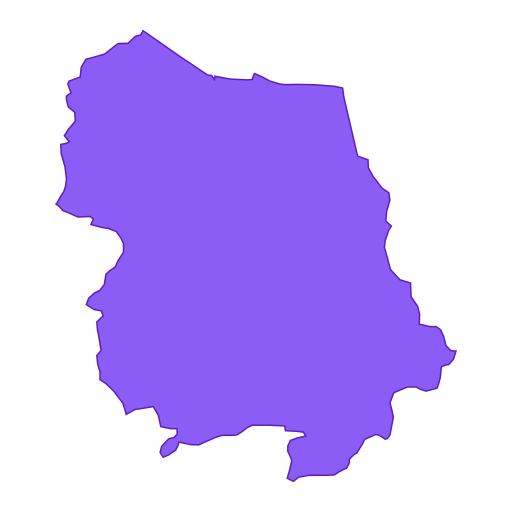 Kofinou, Larnaca, Cyprus (orthographic projection)
{"feature_id": "46923920B74621954972272", "entity_name": "Kofinou", "entity_type": "district", "adm_level": 2, "iso_a3": "CYP", "parent_name": "Cyprus", "parent_adm1": "Larnaca", "projection": "orthographic", "projection_center": [33.399, 34.838], "detail": "fine", "context": "isolated", "style": "filled", "palette": "violet", "viewbox_px": 512, "rotation_deg": 0, "n_neighbors": 0, "source": "geoboundaries", "source_scale": "gbopen_adm2", "svg_char_len": 2486}
<svg xmlns="http://www.w3.org/2000/svg" viewBox="0 0 512 512"><path d="M56.0,204.0L59.3,206.5L62.9,210.6L67.2,212.2L77.9,217.0L90.2,216.5L93.4,219.1L90.9,224.5L101.2,227.3L108.2,228.4L116.0,231.4L116.7,232.1L121.0,238.3L123.5,243.5L123.5,252.2L118.0,260.7L115.3,266.9L109.6,270.8L105.9,274.4L104.3,284.5L99.8,290.4L94.5,292.9L88.6,298.4L86.3,304.6L94.3,309.6L101.1,310.8L103.2,315.8L96.8,322.0L97.5,330.2L98.4,334.1L98.9,337.3L101.1,350.4L96.8,355.6L97.7,364.3L100.0,371.7L100.0,379.7L105.9,383.6L113.7,391.1L123.0,403.4L125.6,412.1L126.2,414.4L135.1,409.4L142.3,408.4L153.3,406.6L158.3,415.2L160.8,426.6L170.4,428.7L177.0,428.6L177.2,434.1L174.0,437.6L168.8,438.7L161.7,446.3L160.1,452.4L163.1,457.2L168.5,455.0L175.6,450.2L177.9,445.8L178.8,442.1L191.3,444.7L198.6,444.9L203.6,442.6L216.2,437.1L222.3,435.3L233.5,435.3L237.1,434.8L241.7,431.9L247.1,427.7L252.2,425.2L259.0,425.2L268.1,425.2L284.7,425.9L285.4,430.7L295.2,431.2L303.4,432.1L305.7,436.0L297.0,438.0L290.4,440.5L287.9,445.8L287.7,451.1L290.2,456.3L291.8,460.7L289.5,470.5L287.2,478.3L293.4,481.3L298.6,477.2L308.9,475.3L321.6,475.3L326.6,475.3L334.4,474.9L337.5,472.9L340.1,471.2L346.7,468.0L349.2,463.2L349.2,459.3L353.8,454.7L356.7,453.1L362.0,444.7L364.7,439.4L375.8,434.4L379.7,435.5L385.2,439.2L387.5,438.5L390.0,434.8L391.3,427.9L393.4,417.0L391.3,407.8L390.0,402.8L393.8,392.7L407.3,387.0L416.2,387.0L420.9,389.5L426.2,391.1L437.1,388.1L438.7,383.5L440.3,377.4L441.4,366.8L445.5,365.0L448.9,364.5L453.1,359.6L453.7,358.8L456.0,351.0L450.9,350.8L445.9,345.5L443.7,336.4L440.6,329.8L436.2,326.6L429.9,326.6L419.3,324.1L419.6,314.1L417.7,306.5L411.1,296.8L410.5,283.0L399.9,279.8L390.5,269.5L385.6,251.4L384.4,247.4L385.2,240.6L386.6,236.5L388.6,230.5L391.4,226.1L385.8,221.0L386.7,211.0L389.9,200.1L388.9,192.8L382.3,188.4L377.0,181.5L373.3,176.8L368.3,167.7L368.0,159.8L357.6,156.1L343.9,97.3L342.6,88.0L334.4,86.3L319.6,85.1L312.6,84.7L297.8,84.4L285.1,84.6L279.7,84.0L269.7,81.0L262.6,77.1L254.6,73.5L253.9,74.5L252.2,79.5L247.7,79.9L230.2,79.1L214.9,76.2L214.4,79.4L211.6,75.5L207.6,75.0L181.0,57.2L143.0,30.7L140.7,34.9L135.5,36.3L127.9,43.3L118.2,43.5L112.4,47.9L104.6,54.1L94.5,57.0L85.9,59.3L81.3,67.1L80.2,77.0L69.1,81.1L68.0,83.4L68.0,84.6L71.0,92.8L66.4,96.1L66.5,99.9L68.3,107.0L74.8,112.3L75.3,121.2L68.5,129.1L64.4,135.7L69.3,141.9L66.1,143.4L60.8,144.4L61.2,153.5L65.0,166.8L66.5,179.2L65.7,185.7L63.8,191.6L60.6,196.4L57.3,202.5L56.0,204.0Z" fill="#8b5cf6" stroke="#5b21b6" stroke-width="1.5"/></svg>